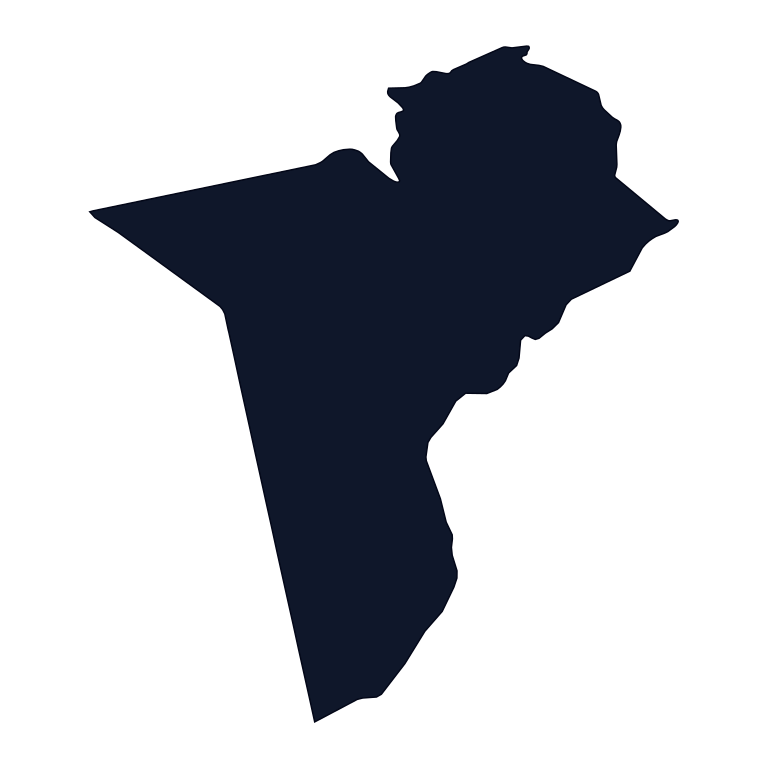 an SVG outline of Tataouine
{"feature_id": "TUN-98", "entity_name": "Tataouine", "entity_type": "Governorate", "adm_level": 1, "iso_a3": "TUN", "parent_name": "Tunisia", "parent_adm1": "", "projection": "mercator", "projection_center": [10.291, 31.745], "detail": "fine", "context": "isolated", "style": "filled", "palette": "ink", "viewbox_px": 768, "rotation_deg": 0, "n_neighbors": 0, "source": "natural_earth", "source_scale": "10m", "svg_char_len": 2852}
<svg xmlns="http://www.w3.org/2000/svg" viewBox="0 0 768 768"><path d="M629.9,271.1L571.3,299.2L566.1,304.8L558.5,322.6L552.2,328.8L545.4,333.1L539.0,338.3L535.3,339.4L531.9,338.0L528.4,336.1L524.9,335.6L520.6,340.2L519.0,358.1L516.6,365.5L508.6,373.0L505.4,380.7L503.1,384.0L500.3,386.9L497.2,389.4L486.8,393.5L465.6,393.2L455.8,401.1L443.0,423.8L430.9,437.4L427.9,442.5L425.9,457.0L426.3,460.8L440.4,498.8L446.2,522.2L452.2,534.8L452.4,538.9L451.4,547.4L452.2,555.3L457.0,570.8L456.9,578.1L453.9,587.1L442.2,611.4L424.9,631.2L404.9,663.6L381.4,694.2L376.5,697.0L362.7,698.0L357.2,699.4L314.7,721.9L309.4,697.8L304.0,673.6L298.6,649.4L293.3,625.1L287.9,600.9L282.5,576.6L277.1,552.3L271.8,527.9L266.4,503.6L261.0,479.1L255.6,454.7L250.3,430.3L244.9,405.8L239.5,381.3L234.2,356.7L228.8,332.1L228.2,329.8L224.8,313.8L222.6,309.5L220.0,306.4L188.1,283.2L148.5,254.4L118.2,232.4L94.9,217.5L89.8,211.8L93.3,210.8L315.6,164.8L320.4,162.6L322.4,161.4L330.1,154.8L334.0,152.4L338.6,150.8L343.6,149.7L349.7,149.2L352.1,149.3L355.0,150.0L358.4,151.2L360.0,152.2L361.7,153.5L362.5,154.3L368.5,161.8L388.9,178.3L393.6,181.1L395.7,181.9L396.7,182.1L397.6,182.2L398.4,182.1L399.2,181.7L399.7,180.8L399.1,179.3L398.6,178.2L391.1,164.7L390.8,163.8L390.6,161.9L390.9,152.8L391.5,148.1L391.9,147.2L392.4,146.3L397.2,140.6L399.4,137.0L399.7,136.2L399.8,135.1L399.5,133.9L398.5,131.9L397.1,129.6L396.7,127.9L395.8,120.7L395.6,116.6L395.8,115.7L396.1,114.9L396.5,114.1L397.0,113.4L397.8,112.9L398.6,112.5L400.9,111.9L402.6,111.2L403.4,110.7L403.5,109.5L402.7,107.8L398.1,102.9L390.4,97.0L389.4,96.0L388.6,95.0L387.9,93.7L387.7,92.4L387.7,91.4L388.6,88.2L405.0,87.8L409.1,87.2L413.8,85.9L420.3,83.2L421.1,82.6L421.7,81.9L425.6,76.2L426.6,75.2L427.9,74.1L430.3,72.5L431.6,71.8L432.8,71.5L436.3,71.7L446.0,73.6L448.3,73.6L449.6,73.2L450.5,72.5L451.7,70.8L453.5,69.6L466.4,64.0L468.9,62.4L502.2,47.6L503.8,47.1L505.4,47.0L512.0,47.9L526.7,46.1L528.6,46.3L529.1,47.1L529.2,47.8L529.1,48.6L528.7,49.4L527.2,51.7L527.0,52.6L527.0,53.4L526.7,54.2L526.2,54.9L522.4,56.2L521.8,56.9L521.6,57.6L521.6,58.5L522.0,59.3L522.5,60.1L523.3,60.9L525.1,62.3L526.9,63.3L530.3,64.4L539.0,65.4L543.2,66.4L595.6,91.2L596.7,91.9L597.5,92.7L598.0,93.4L598.4,94.1L598.6,94.6L601.1,105.2L601.7,106.4L602.8,108.2L604.3,109.9L612.3,117.3L614.7,118.9L617.0,120.1L618.3,121.0L619.3,121.9L619.8,122.7L620.2,123.5L620.7,125.0L620.8,125.8L620.8,127.4L620.2,131.2L619.1,134.9L616.7,141.4L616.4,143.1L616.2,145.0L616.9,164.4L616.7,167.2L614.9,174.2L614.7,175.1L614.7,175.9L615.0,176.8L615.6,177.7L665.5,219.1L667.3,220.1L668.6,220.7L670.0,220.8L675.4,219.8L677.0,219.9L677.9,220.4L678.2,221.3L678.0,222.2L677.5,223.2L676.3,224.9L674.6,226.6L667.8,231.6L664.9,233.0L655.9,236.4L652.1,238.7L648.7,241.2L645.4,244.2L642.2,247.9L629.9,271.0L629.9,271.1Z" fill="#0f172a" stroke="#020617" stroke-width="1.5"/></svg>